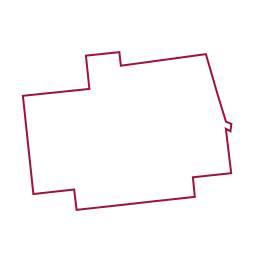 Tuscarawas, Ohio, United States of America (Equal Earth projection), rotated 82°
{"feature_id": "52423323B94424103890514", "entity_name": "Tuscarawas", "entity_type": "district", "adm_level": 2, "iso_a3": "USA", "parent_name": "United States of America", "parent_adm1": "Ohio", "projection": "equal_earth", "projection_center": [-81.461, 40.441], "detail": "fine", "context": "isolated", "style": "outline", "palette": "rose", "viewbox_px": 256, "rotation_deg": 82, "n_neighbors": 0, "source": "geoboundaries", "source_scale": "gbopen_adm2", "svg_char_len": 400}
<svg xmlns="http://www.w3.org/2000/svg" viewBox="0 0 256 256"><g transform="rotate(82 128 128)"><path d="M203.7,131.1L204.2,111.5L205.5,71.4L185.8,70.6L187.1,32.1L142.4,31.2L145.5,27.0L138.3,25.1L135.4,30.1L105.4,34.9L72.5,39.6L65.7,40.6L65.3,126.4L51.7,126.0L50.5,159.6L83.9,160.8L81.5,227.6L180.2,230.9L181.4,189.9L201.9,190.3L203.7,131.1Z" fill="none" stroke="#9f1239" stroke-width="2"/></g></svg>